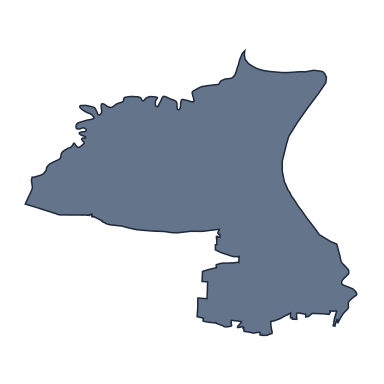 Galati, Galati, Romania, rotated 271°
{"feature_id": "2599482B19472284697606", "entity_name": "Galati", "entity_type": "district", "adm_level": 2, "iso_a3": "ROU", "parent_name": "Romania", "parent_adm1": "Galati", "projection": "orthographic", "projection_center": [28.069, 45.5], "detail": "fine", "context": "isolated", "style": "filled", "palette": "slate", "viewbox_px": 384, "rotation_deg": 271, "n_neighbors": 0, "source": "geoboundaries", "source_scale": "gbopen_adm2", "svg_char_len": 5858}
<svg xmlns="http://www.w3.org/2000/svg" viewBox="0 0 384 384"><g transform="rotate(271 192 192)"><path d="M142.5,337.6L144.9,331.5L151.5,320.1L156.6,316.4L167.7,307.5L175.3,302.0L179.5,298.6L185.3,294.8L189.7,291.5L193.2,289.8L196.1,287.8L200.0,286.1L203.8,284.2L214.5,281.9L224.2,281.7L241.4,285.6L249.1,287.7L263.4,296.2L278.1,306.2L292.9,316.9L303.6,323.9L309.1,324.4L312.6,322.7L314.4,320.9L315.1,318.5L315.8,311.5L314.1,303.2L314.2,298.2L313.1,285.9L313.0,281.5L313.1,278.3L313.9,267.4L314.7,261.5L316.1,256.1L317.3,253.2L318.7,250.5L321.4,246.2L325.8,242.7L330.8,241.9L334.1,242.3L332.3,240.7L330.7,239.6L325.3,237.4L319.7,236.1L317.0,235.1L313.6,234.2L309.9,232.9L307.3,230.7L306.9,230.2L306.3,228.6L306.0,227.1L305.8,224.9L305.5,223.1L304.6,221.0L303.6,219.1L303.3,218.7L300.6,217.1L300.0,216.3L298.6,205.6L297.7,200.6L297.0,198.7L296.0,196.6L293.1,191.7L292.5,190.9L291.5,190.4L289.6,190.7L286.2,191.8L284.7,192.1L283.0,192.4L282.4,192.2L282.1,191.5L282.1,190.9L282.2,190.1L283.5,185.5L284.2,182.1L284.4,180.9L284.2,180.0L283.2,179.6L280.8,179.1L277.1,179.0L276.2,178.8L274.4,178.1L274.1,177.9L274.0,177.5L274.1,176.5L274.5,176.0L274.9,175.8L280.7,175.3L281.5,175.0L282.5,174.3L283.7,172.0L284.5,169.2L286.7,164.3L287.2,162.1L287.0,161.6L286.4,161.0L285.6,160.4L282.4,159.2L278.2,157.0L276.9,156.3L276.8,155.8L276.9,155.0L277.1,154.5L277.9,154.0L279.2,153.8L282.2,153.9L282.9,154.2L285.5,155.8L285.8,155.7L286.0,155.5L286.4,153.8L286.7,149.6L286.7,148.9L286.3,146.7L285.8,145.7L284.7,143.9L282.3,142.0L282.2,141.7L282.4,140.9L282.8,140.4L285.2,139.2L285.7,138.2L286.2,136.5L286.3,135.7L286.3,133.6L286.5,129.9L286.2,127.2L285.6,123.9L285.4,123.1L284.9,122.5L283.7,122.1L281.8,121.9L281.3,121.5L280.9,120.9L280.5,120.0L279.4,116.7L278.6,114.9L275.9,111.4L275.2,110.1L275.1,109.4L275.3,108.2L275.9,106.1L278.0,103.2L278.6,101.5L278.7,100.6L278.3,100.0L277.6,99.7L276.8,99.6L274.9,99.8L272.7,100.2L271.2,100.3L269.8,100.1L269.0,99.8L268.0,99.1L267.4,98.1L267.4,97.3L267.5,97.0L267.9,96.6L270.5,95.5L273.6,93.9L274.4,93.3L274.9,92.4L275.3,91.2L275.7,89.7L276.8,84.2L276.6,82.2L276.6,79.5L276.3,78.7L276.1,78.5L275.5,78.3L274.7,78.4L274.3,78.7L272.8,80.4L271.9,81.5L270.4,84.1L269.4,86.1L268.7,88.2L267.8,90.0L265.7,92.2L264.6,92.6L264.3,92.7L263.7,92.3L263.3,91.5L262.6,88.9L262.2,86.5L261.4,83.8L260.1,79.8L259.4,77.6L259.1,76.9L258.7,76.3L257.8,75.5L257.2,75.2L255.5,74.8L254.4,75.0L253.6,75.3L253.3,75.5L253.2,75.9L253.0,76.7L253.0,77.4L253.1,78.7L253.4,79.8L254.2,81.5L254.3,82.5L254.0,83.3L253.5,84.2L252.7,85.0L251.9,85.2L251.0,84.7L250.8,84.3L250.3,82.5L250.2,81.0L249.9,79.6L249.4,78.6L248.9,78.2L248.1,78.5L247.1,79.9L246.4,81.5L245.9,83.3L245.2,84.5L244.9,84.7L244.4,84.8L244.2,84.6L243.9,81.4L243.6,81.0L242.9,80.8L242.4,80.9L241.6,81.4L239.8,83.2L239.0,83.4L238.7,83.3L235.8,80.1L234.9,78.7L234.7,78.1L234.6,77.5L234.7,77.0L235.3,76.1L236.5,75.1L238.6,73.7L238.6,72.8L236.5,71.7L235.1,70.6L234.2,69.1L233.4,66.8L232.9,66.3L232.1,64.8L230.3,62.2L228.9,61.1L228.3,60.8L226.7,60.4L224.3,60.2L223.3,59.5L222.4,58.7L222.1,58.2L219.2,52.2L217.6,49.4L216.4,48.1L215.7,47.4L213.7,46.1L211.9,46.0L211.1,45.7L207.9,43.4L207.0,42.2L206.5,41.2L205.5,38.4L204.2,34.2L204.0,33.2L204.1,31.9L201.1,31.2L193.6,32.4L190.9,31.6L177.7,25.7L177.0,25.5L174.0,36.2L171.7,43.7L167.9,56.5L167.4,57.7L167.0,59.1L166.8,60.7L167.1,86.3L166.8,89.5L167.5,89.6L167.3,91.3L167.3,91.7L168.2,91.7L168.2,92.4L165.8,92.2L165.3,93.4L165.8,93.6L165.8,93.8L161.5,102.9L160.9,102.6L158.5,107.7L157.8,110.5L156.7,122.5L155.0,129.1L153.9,134.5L153.3,137.7L152.8,144.8L152.2,154.7L152.0,165.0L151.0,172.4L150.9,177.6L151.5,182.4L152.7,191.5L152.8,202.3L153.1,205.0L155.2,220.0L151.5,218.5L150.9,218.8L149.9,219.9L149.9,220.2L150.1,220.6L148.0,220.8L147.2,220.7L147.2,218.7L148.1,218.6L148.0,217.2L145.7,217.3L145.7,217.6L139.7,217.7L139.7,216.3L134.5,216.4L132.8,220.2L131.9,222.1L128.2,234.0L128.1,235.3L128.3,239.0L127.9,239.0L127.9,239.6L128.2,240.2L122.3,240.0L122.6,239.2L122.5,238.6L122.3,237.8L122.1,235.4L121.6,234.5L121.8,234.3L121.8,231.9L121.6,230.3L121.5,224.9L121.3,222.8L120.0,218.3L119.6,217.5L119.2,217.3L118.3,217.4L117.1,218.1L116.7,217.7L116.1,215.0L114.9,210.5L113.2,205.0L112.7,203.9L102.7,203.6L102.4,209.2L85.6,208.9L86.1,199.7L75.2,199.7L67.4,199.3L66.0,205.6L64.0,205.2L63.2,205.4L62.7,206.8L62.1,210.9L61.9,211.4L62.0,212.0L61.5,217.0L61.5,217.3L62.0,217.6L62.0,218.0L61.9,218.2L61.1,218.6L61.0,218.8L60.5,220.5L58.8,225.1L57.9,226.7L57.7,228.0L57.9,230.3L58.1,231.7L58.7,233.6L59.0,233.9L59.5,234.0L61.2,233.5L64.4,233.5L63.5,243.0L63.0,243.9L58.5,240.2L57.8,239.8L57.2,240.3L57.4,241.4L58.2,245.2L57.4,246.1L56.5,245.4L55.8,246.2L53.7,246.4L53.6,247.0L53.3,247.7L53.1,250.4L52.0,255.6L52.1,257.0L52.4,258.1L52.9,261.5L52.7,262.4L50.2,262.5L50.3,264.2L50.0,264.2L49.9,264.5L49.9,268.2L50.2,270.1L51.1,271.9L51.4,271.9L51.4,272.6L51.7,274.1L52.0,274.5L52.7,274.6L53.7,274.4L54.1,274.6L54.9,274.1L60.0,273.2L62.2,273.1L64.3,273.2L64.3,275.5L66.8,282.1L67.0,282.1L67.1,282.6L71.0,289.4L70.8,289.6L72.8,292.7L68.6,292.6L68.4,292.8L67.8,292.8L67.8,293.3L67.9,294.4L66.6,294.5L66.5,299.0L72.2,298.6L72.8,299.3L72.8,301.4L71.7,307.9L69.0,307.9L69.3,309.0L69.4,310.2L70.7,312.0L72.7,314.3L72.5,325.9L72.0,331.2L73.1,331.5L73.5,332.2L73.9,332.4L74.6,332.4L75.5,332.0L75.3,335.5L75.6,338.0L75.6,338.4L75.4,338.7L67.8,336.6L66.6,336.5L65.0,336.1L64.1,336.3L60.8,335.4L60.3,337.2L62.7,337.8L66.9,339.2L66.7,340.2L63.3,339.9L67.9,342.3L72.6,345.0L75.1,347.1L76.9,349.0L78.4,350.1L79.7,350.5L82.6,350.2L84.0,350.3L85.7,351.1L88.5,353.9L91.9,358.3L93.1,358.5L94.8,357.8L96.5,356.1L98.0,354.5L101.5,345.1L102.3,343.7L103.0,343.4L103.5,343.2L105.1,343.3L106.8,344.1L108.4,345.6L111.6,348.8L112.8,349.9L114.4,350.2L116.3,350.0L117.5,349.3L120.3,346.7L123.0,343.8L124.0,343.0L125.8,342.1L131.5,340.8L142.5,337.6Z" fill="#64748b" stroke="#1e293b" stroke-width="1.5"/></g></svg>